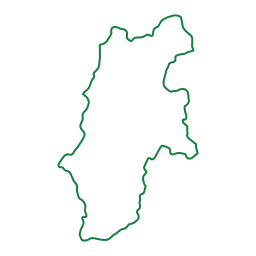 the Prefecture of Nagano
{"feature_id": "JPN-1844", "entity_name": "Nagano", "entity_type": "Prefecture", "adm_level": 1, "iso_a3": "JPN", "parent_name": "Japan", "parent_adm1": "", "projection": "albers", "projection_center": [138.086, 36.102], "detail": "fine", "context": "isolated", "style": "outline", "palette": "green", "viewbox_px": 256, "rotation_deg": 0, "n_neighbors": 0, "source": "natural_earth", "source_scale": "10m", "svg_char_len": 3758}
<svg xmlns="http://www.w3.org/2000/svg" viewBox="0 0 256 256"><path d="M193.4,50.4L191.5,51.2L188.4,51.9L186.8,52.6L185.8,53.4L183.5,54.0L179.8,54.5L177.4,55.2L176.4,55.6L175.6,56.5L175.3,57.8L175.5,59.7L175.0,60.9L174.1,61.8L170.4,62.8L169.4,63.5L168.8,64.4L168.5,65.6L168.2,66.7L167.7,67.7L166.9,69.0L166.3,70.3L165.7,73.3L164.2,78.6L163.7,81.0L163.5,82.9L163.9,85.3L164.7,87.0L166.7,89.0L169.7,91.2L170.9,91.6L172.2,91.5L174.0,90.8L175.7,91.0L177.2,90.7L179.8,89.5L181.1,89.1L182.6,88.9L184.1,89.1L185.8,89.8L187.2,91.2L188.1,93.2L188.6,98.9L188.7,99.5L189.0,100.6L188.7,102.2L188.0,103.5L186.9,104.7L185.1,106.1L184.5,107.2L184.7,109.1L185.3,112.5L186.3,115.2L186.3,117.5L185.9,118.8L185.1,119.6L183.4,119.6L182.7,120.1L182.9,121.6L183.4,122.8L184.8,124.2L186.1,125.1L187.2,126.2L187.3,127.6L187.2,130.1L187.5,132.8L187.4,134.1L187.1,135.3L187.4,136.7L188.7,138.4L196.1,144.2L195.9,146.7L197.6,153.2L192.3,157.8L190.6,158.5L189.5,158.6L188.4,158.5L187.4,158.0L186.5,157.0L186.0,155.6L185.5,154.6L184.6,153.9L183.3,153.5L181.7,153.4L179.2,152.9L177.9,153.0L172.7,154.4L171.3,154.1L170.5,153.2L170.2,152.0L170.2,150.7L170.1,149.8L169.7,148.9L168.9,148.1L165.9,146.7L163.2,145.9L162.1,145.8L161.0,146.7L159.9,148.2L154.8,157.6L154.0,158.5L153.1,159.2L151.8,159.4L149.6,158.1L148.6,158.2L147.7,159.1L144.1,167.0L144.1,168.1L144.7,169.6L145.9,170.7L146.4,171.8L145.9,173.1L143.5,176.0L143.0,177.8L143.3,180.8L144.3,184.1L145.7,186.5L144.8,189.1L144.3,191.6L143.8,192.6L143.0,193.6L141.6,194.1L140.4,194.8L139.7,196.5L140.0,198.0L140.1,199.5L139.9,201.1L139.5,203.3L139.8,204.7L140.2,206.0L140.0,207.2L139.2,208.8L137.4,210.5L137.0,211.7L137.2,212.9L137.9,214.1L138.5,215.3L138.8,216.6L138.4,218.2L137.4,219.9L134.6,222.4L132.8,223.3L130.0,224.0L128.8,224.6L127.5,226.0L126.6,227.3L125.6,228.1L124.5,228.6L121.9,229.2L120.0,230.3L115.5,234.0L113.5,234.9L109.7,238.6L106.4,240.0L101.0,239.7L94.0,238.2L92.0,238.1L90.1,238.6L88.7,239.5L87.4,240.1L84.5,240.6L83.2,240.6L82.2,240.0L81.2,238.9L79.6,234.6L80.5,230.5L82.1,226.7L83.0,225.2L83.6,223.3L83.4,221.3L82.2,218.1L82.7,217.1L83.4,216.8L85.6,217.0L86.3,216.4L86.4,215.3L85.2,211.6L84.9,210.0L85.3,208.0L85.4,206.0L84.4,202.8L81.9,200.0L79.9,198.8L79.3,198.4L79.1,198.0L78.7,197.3L76.9,191.0L77.1,187.1L77.0,185.6L76.3,184.1L74.0,181.3L73.2,179.7L70.4,173.3L69.5,172.2L68.4,171.4L65.6,170.6L64.5,169.8L63.8,168.8L63.0,167.8L61.8,167.3L59.4,167.0L58.7,166.3L58.4,164.8L59.9,162.0L63.7,156.6L65.4,155.1L67.3,154.4L69.0,154.5L71.1,154.8L72.4,154.1L73.5,152.7L74.6,150.8L78.2,146.3L82.1,140.4L84.0,136.7L84.5,135.1L84.5,133.5L83.5,131.6L82.1,130.1L80.8,128.2L80.2,126.0L81.0,123.4L82.5,120.1L82.8,118.8L82.6,117.1L82.5,116.1L82.6,114.6L83.6,112.6L86.2,109.6L87.0,108.4L87.6,107.1L88.7,103.5L88.8,101.7L88.2,99.8L87.2,97.7L83.0,94.0L84.5,91.8L87.5,89.5L88.5,88.3L89.3,87.0L90.8,82.8L92.1,79.9L93.5,78.1L94.1,76.6L94.0,75.4L93.6,74.1L94.0,72.9L95.1,71.6L96.6,70.1L98.4,67.9L99.0,66.0L99.3,64.0L99.4,61.1L99.9,58.2L99.8,45.0L104.0,43.5L105.3,42.7L106.6,41.5L110.1,36.1L110.9,34.4L111.4,32.9L111.2,30.6L111.3,29.5L111.7,28.5L112.5,27.8L113.3,27.3L113.9,27.1L114.8,26.9L116.3,27.1L117.6,27.4L119.3,28.3L120.6,28.8L122.1,28.9L123.6,29.2L125.2,30.0L126.1,30.9L126.7,31.8L127.0,32.8L127.1,34.2L126.8,37.2L126.9,38.1L127.4,38.8L130.6,41.1L131.9,40.7L133.5,38.7L134.6,37.9L136.1,37.6L140.6,37.4L142.4,37.1L143.8,36.5L146.7,34.9L147.5,34.6L148.2,34.8L149.3,35.1L151.1,36.0L152.3,35.7L152.9,34.8L153.2,31.6L153.6,30.2L154.4,28.7L155.5,27.8L158.1,26.5L161.0,21.5L162.3,20.1L163.9,19.0L168.0,17.1L173.6,15.5L175.4,15.4L177.4,15.6L179.0,16.0L180.7,17.0L180.9,17.2L181.3,18.6L182.8,26.7L183.6,28.5L185.8,31.2L190.1,34.7L191.1,35.7L192.0,37.4L192.3,39.0L192.1,46.4L193.4,50.4Z" fill="none" stroke="#15803d" stroke-width="2"/></svg>